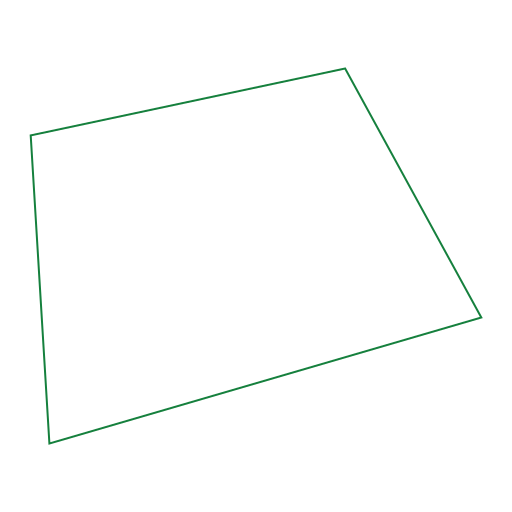 outline of Quatre Bornes
{"feature_id": "MUS-5191", "entity_name": "Quatre Bornes", "entity_type": "City", "adm_level": 1, "iso_a3": "MUS", "parent_name": "Mauritius", "parent_adm1": "", "projection": "albers", "projection_center": [57.476, -20.27], "detail": "fine", "context": "isolated", "style": "outline", "palette": "green", "viewbox_px": 512, "rotation_deg": 0, "n_neighbors": 0, "source": "natural_earth", "source_scale": "10m", "svg_char_len": 183}
<svg xmlns="http://www.w3.org/2000/svg" viewBox="0 0 512 512"><path d="M49.4,443.5L30.7,135.4L345.1,68.5L481.3,317.5L49.4,443.5Z" fill="none" stroke="#15803d" stroke-width="2"/></svg>